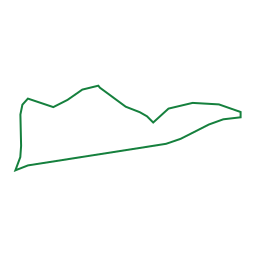 the border of Saint Croix
{"feature_id": "VIR-4870", "entity_name": "Saint Croix", "entity_type": "state/province", "adm_level": 1, "iso_a3": "VIR", "parent_name": "United States Virgin Islands", "parent_adm1": "", "projection": "robinson", "projection_center": [-64.734, 17.738], "detail": "fine", "context": "isolated", "style": "outline", "palette": "green", "viewbox_px": 256, "rotation_deg": 0, "n_neighbors": 0, "source": "natural_earth", "source_scale": "10m", "svg_char_len": 422}
<svg xmlns="http://www.w3.org/2000/svg" viewBox="0 0 256 256"><path d="M240.6,117.3L223.3,119.3L208.9,124.5L180.7,138.8L166.1,143.8L28.0,165.4L15.4,170.3L20.3,157.1L21.1,145.9L20.4,114.5L22.4,104.7L27.9,98.6L53.3,107.1L67.5,99.9L82.3,89.6L98.3,85.7L99.9,87.7L125.7,106.7L139.8,112.2L147.0,116.3L153.2,122.5L168.5,108.6L192.6,102.9L218.9,104.4L240.6,112.0L240.6,117.3Z" fill="none" stroke="#15803d" stroke-width="2"/></svg>